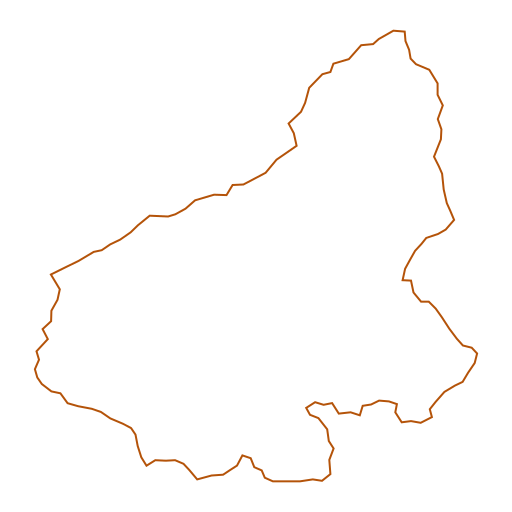 Piquete, São Paulo, Brazil (orthographic projection)
{"feature_id": "56859067B52482301605957", "entity_name": "Piquete", "entity_type": "district", "adm_level": 2, "iso_a3": "BRA", "parent_name": "Brazil", "parent_adm1": "São Paulo", "projection": "orthographic", "projection_center": [-45.168, -22.578], "detail": "fine", "context": "isolated", "style": "outline", "palette": "amber", "viewbox_px": 512, "rotation_deg": 0, "n_neighbors": 0, "source": "geoboundaries", "source_scale": "gbopen_adm2", "svg_char_len": 1865}
<svg xmlns="http://www.w3.org/2000/svg" viewBox="0 0 512 512"><path d="M36.5,351.3L39.0,359.7L34.9,369.2L37.3,377.5L41.8,384.0L51.4,391.4L60.4,393.3L67.6,403.2L78.1,406.2L91.8,408.8L101.0,412.0L110.3,418.4L122.8,423.7L131.1,428.1L135.5,434.6L137.7,446.0L141.3,457.3L146.5,465.7L155.3,460.2L165.8,460.7L175.1,460.2L183.5,463.8L189.2,469.9L197.2,479.4L211.6,475.5L223.1,474.7L230.3,469.9L237.0,465.6L242.4,455.4L250.7,458.2L254.3,467.2L261.7,470.4L264.8,477.7L272.8,481.3L285.8,481.3L300.2,481.3L312.8,479.4L322.0,480.8L330.4,474.1L329.3,459.9L333.6,448.5L328.8,441.0L327.2,429.3L318.4,418.1L310.0,414.8L306.2,407.9L315.1,402.2L323.6,404.8L332.1,403.1L338.8,413.6L350.6,412.3L359.8,415.3L362.7,405.8L371.1,404.5L379.1,400.6L388.9,401.4L396.9,404.1L395.3,412.3L401.7,422.3L411.0,421.1L420.7,422.8L431.9,417.1L429.8,409.2L435.6,401.9L444.4,391.9L454.9,385.6L462.6,381.9L468.1,372.7L474.7,363.0L477.1,353.5L471.7,347.7L462.9,345.5L456.8,338.7L449.3,328.7L441.9,317.3L435.7,308.6L428.8,301.7L421.1,301.7L413.5,292.5L411.0,280.6L402.6,280.2L405.1,268.8L410.3,259.3L415.1,250.8L421.4,244.0L426.3,237.9L438.0,234.0L445.7,229.6L454.1,219.9L450.1,210.4L446.8,203.1L443.7,189.5L442.1,173.7L438.9,166.4L434.0,156.7L440.9,139.3L441.4,129.3L437.8,119.1L442.8,105.4L437.6,94.8L437.6,83.4L429.3,69.8L416.0,64.2L410.6,58.6L409.1,49.8L405.5,41.1L404.7,31.6L393.4,30.7L378.8,39.0L373.1,44.1L361.2,45.2L348.9,59.1L333.4,63.7L330.4,72.0L322.4,74.2L309.2,87.8L305.1,102.9L301.0,111.8L288.6,123.5L293.8,133.2L296.6,145.8L276.5,159.7L265.6,172.8L243.4,184.5L232.6,185.0L226.5,195.1L214.1,194.7L195.1,200.3L185.5,208.7L175.3,214.3L168.1,216.5L149.7,215.7L138.0,225.2L130.7,232.3L120.2,239.6L110.2,244.4L101.7,250.2L93.7,251.9L78.6,260.9L66.7,266.7L50.9,274.5L59.8,289.3L57.5,299.8L51.4,310.7L51.1,321.2L42.6,329.1L47.8,339.1L36.5,351.3Z" fill="none" stroke="#b45309" stroke-width="2"/></svg>